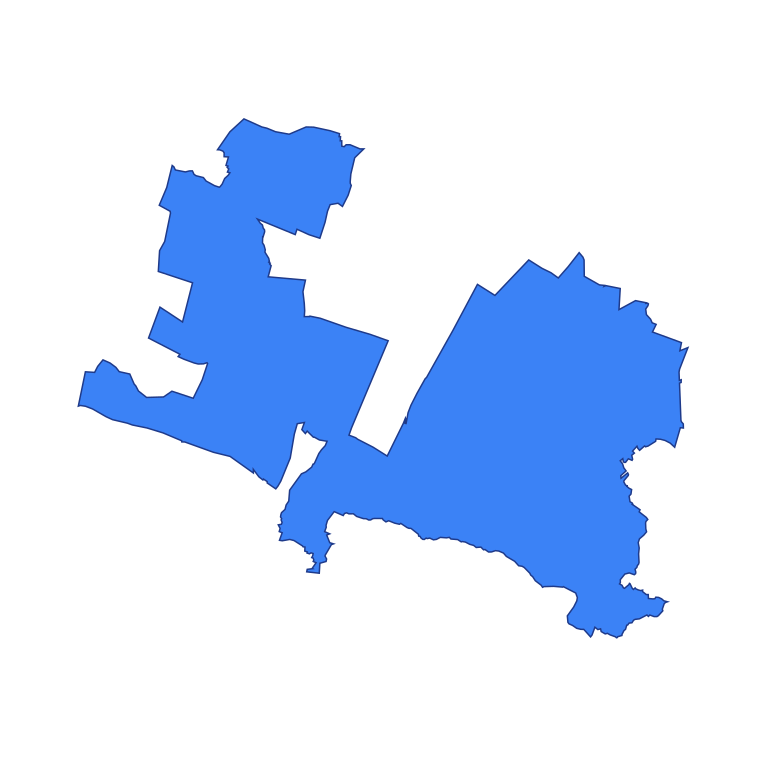 Axapusco, México, Mexico, rotated 353°
{"feature_id": "50627088B66488502331387", "entity_name": "Axapusco", "entity_type": "district", "adm_level": 2, "iso_a3": "MEX", "parent_name": "Mexico", "parent_adm1": "México", "projection": "mercator", "projection_center": [-98.73, 19.766], "detail": "fine", "context": "isolated", "style": "filled", "palette": "blue", "viewbox_px": 768, "rotation_deg": 353, "n_neighbors": 0, "source": "geoboundaries", "source_scale": "gbopen_adm2", "svg_char_len": 6165}
<svg xmlns="http://www.w3.org/2000/svg" viewBox="0 0 768 768"><g transform="rotate(353 384 384)"><path d="M593.7,277.4L581.1,290.0L569.9,300.0L563.3,293.9L555.0,288.5L542.8,278.5L504.9,309.6L488.9,296.5L458.8,339.4L427.1,382.6L425.5,383.8L415.6,397.3L408.2,408.3L404.4,415.4L401.1,425.9L400.1,425.6L401.3,421.9L401.1,420.5L398.4,425.4L378.4,455.9L365.5,445.4L351.1,435.6L349.4,433.9L343.0,430.5L346.6,423.3L393.4,341.6L376.0,332.9L353.5,323.2L328.8,311.0L318.7,307.6L318.4,308.0L313.1,307.4L314.2,301.7L314.7,294.2L314.8,282.5L318.7,271.3L282.1,263.5L286.4,252.8L285.1,250.9L285.8,250.2L284.5,249.0L285.2,248.5L284.9,245.2L281.9,238.6L282.5,236.3L281.8,231.6L280.6,229.1L281.5,223.3L281.8,223.5L284.1,218.4L284.2,216.5L283.1,214.5L282.7,211.3L280.8,209.3L278.5,204.9L314.1,224.9L316.5,219.8L327.8,226.7L338.1,231.5L345.2,216.3L349.0,205.6L352.4,199.4L360.4,199.0L364.4,202.7L371.4,192.3L375.7,183.0L375.0,180.8L375.1,179.2L376.7,171.5L382.5,155.9L392.6,148.2L388.8,147.7L379.5,142.4L375.6,141.9L373.4,143.6L371.1,142.8L371.7,137.5L370.2,137.3L371.0,133.2L369.6,133.0L370.4,130.1L361.3,126.0L345.5,120.5L338.0,119.4L320.3,124.5L307.1,120.4L298.9,115.8L294.1,114.0L277.3,103.8L261.8,114.9L247.3,131.2L249.5,131.6L252.5,133.2L253.5,135.0L253.0,138.9L257.3,139.7L253.8,147.8L255.7,148.7L254.7,149.8L256.1,151.6L254.4,154.6L256.8,155.6L254.7,157.9L250.9,160.6L247.7,165.9L245.3,168.2L244.5,168.6L240.0,166.5L232.2,160.9L229.9,157.1L222.9,154.4L221.0,152.8L219.8,149.1L216.8,148.8L212.7,149.3L204.1,146.5L203.0,146.1L201.9,142.8L200.4,141.3L192.3,162.5L182.7,179.2L192.8,186.5L192.9,188.4L183.7,215.8L177.5,224.3L173.7,244.8L206.3,260.2L191.6,297.9L171.0,280.4L155.9,309.7L185.1,329.6L183.0,331.7L188.4,335.0L198.1,340.0L202.0,341.5L207.3,342.0L210.9,341.3L211.4,342.2L204.1,357.7L192.9,374.9L172.6,365.3L163.6,370.0L146.7,368.4L139.4,361.0L137.4,355.6L136.0,353.6L132.9,343.1L122.7,339.5L119.9,334.8L114.7,329.8L108.0,325.8L102.0,331.6L98.2,337.2L89.1,335.5L77.9,368.7L80.0,368.3L85.0,369.7L91.6,373.2L104.2,382.6L110.2,386.3L124.5,391.6L129.2,394.0L143.5,398.8L158.7,405.6L176.3,415.7L176.2,416.8L179.3,417.3L206.4,431.0L222.4,437.1L243.5,456.4L243.9,452.8L248.5,460.9L252.1,464.5L252.8,463.7L255.7,466.2L256.2,466.7L256.0,468.0L263.8,474.9L266.3,472.4L269.7,467.9L281.9,446.1L288.9,422.8L293.1,412.8L300.3,412.5L296.9,419.3L299.9,423.6L302.0,421.4L307.4,428.2L308.4,428.3L313.1,431.7L320.5,433.9L318.2,438.0L314.0,441.6L310.9,445.0L305.5,453.9L304.4,455.0L303.8,454.9L302.1,457.7L295.7,461.7L291.1,463.1L277.4,477.9L275.2,488.6L272.1,492.2L270.5,496.4L266.6,499.2L265.8,500.9L265.1,503.3L266.0,505.2L265.3,506.4L266.0,508.9L265.1,510.7L261.9,510.9L263.3,514.7L262.0,517.7L264.8,519.2L261.2,526.4L263.9,527.2L271.5,526.8L275.6,528.4L283.4,534.8L283.8,535.7L285.7,536.2L285.0,540.2L287.4,541.3L287.0,542.4L289.3,543.5L291.0,542.7L293.0,543.6L292.3,545.8L291.1,547.5L292.4,548.1L292.9,550.1L292.1,551.5L294.8,553.1L290.2,558.3L290.6,558.6L285.2,558.6L284.4,561.0L296.7,563.9L298.5,554.1L304.9,553.1L305.7,550.7L304.5,547.6L304.8,546.7L312.2,537.0L314.4,536.5L310.8,534.9L308.7,526.9L311.8,526.1L307.1,523.3L309.2,519.2L309.3,517.1L311.3,512.5L319.0,504.6L327.5,509.6L329.0,507.7L331.2,507.3L333.3,508.6L337.8,509.1L340.7,512.1L347.1,515.1L350.0,515.6L352.2,517.1L354.2,517.3L356.4,516.3L358.3,516.3L366.0,517.3L366.6,518.7L369.1,521.1L372.0,520.3L377.6,523.4L381.4,524.8L382.3,525.1L383.7,524.4L389.4,529.3L391.2,530.3L393.2,530.6L399.8,537.3L399.9,539.2L401.3,539.7L401.9,541.3L403.5,542.9L405.1,543.2L407.0,542.1L408.0,542.7L410.6,542.5L414.1,544.7L417.1,544.6L421.2,543.1L427.2,544.3L430.2,544.2L431.5,546.0L438.2,547.4L441.4,550.1L442.5,549.9L445.5,550.8L449.6,553.6L453.3,555.1L455.6,557.5L460.3,557.7L462.6,560.7L464.1,560.6L467.3,563.5L470.3,563.8L474.3,563.0L477.6,563.8L482.0,566.4L484.4,570.0L492.1,575.9L495.5,580.8L498.8,581.7L500.8,583.2L505.7,589.6L506.3,591.5L508.1,593.4L510.2,597.7L515.5,602.9L516.6,605.1L518.1,604.6L527.7,605.5L536.7,607.4L537.3,607.0L548.8,614.8L549.9,619.5L548.9,622.8L545.1,628.5L537.7,636.5L537.5,643.0L538.4,644.6L541.7,646.6L545.5,650.0L549.5,651.5L552.4,651.9L558.2,660.2L559.9,658.5L563.7,651.1L566.3,653.8L569.1,653.4L569.4,656.2L573.1,659.0L575.4,658.7L577.9,660.6L582.9,663.1L583.8,664.2L584.6,664.1L585.2,663.3L589.5,662.6L589.8,661.4L592.2,657.9L593.8,657.0L595.5,653.0L596.5,652.9L598.1,651.2L601.0,651.2L602.9,648.9L604.5,648.2L608.9,648.2L616.8,645.3L618.1,646.9L619.7,645.7L623.8,647.8L626.6,648.1L628.1,647.4L633.1,643.1L632.8,641.4L635.4,636.1L636.9,635.1L638.8,634.7L635.4,633.3L633.4,631.1L630.6,629.3L627.8,628.7L626.7,630.1L624.8,630.1L620.3,629.1L620.6,625.2L618.6,624.9L615.3,621.5L615.6,620.1L613.5,620.3L611.3,619.4L609.0,618.0L608.4,617.0L606.5,618.3L605.5,617.0L603.8,612.1L603.3,611.8L602.6,613.0L597.8,616.1L596.8,615.5L595.7,612.8L593.4,611.1L594.4,609.9L594.7,607.0L599.9,602.0L604.4,601.4L609.2,603.8L610.6,602.9L611.0,601.4L610.6,598.4L612.6,596.9L613.3,595.2L614.8,593.7L615.4,592.1L616.0,583.6L617.3,577.9L617.0,572.4L618.7,568.8L623.4,565.7L626.6,562.7L626.2,559.8L626.7,553.8L627.2,552.4L629.3,550.6L628.1,548.4L621.7,542.0L622.8,540.0L615.8,533.8L616.3,533.6L615.8,532.3L613.8,530.8L613.6,525.2L615.7,523.4L616.9,518.9L614.6,517.4L612.9,515.6L613.0,514.8L612.4,514.9L612.4,514.4L611.4,513.8L610.1,510.4L610.4,509.2L615.3,504.6L615.6,503.6L615.0,501.9L607.8,506.4L607.8,503.9L613.7,499.8L611.8,496.4L611.1,492.4L609.1,489.0L611.9,487.2L612.1,490.4L613.0,491.1L614.2,491.2L617.4,488.0L620.9,490.0L621.6,489.0L621.2,484.9L624.1,483.1L622.5,480.9L627.5,476.6L628.1,478.8L629.6,481.0L634.7,477.5L635.2,477.3L635.9,478.2L638.5,477.8L646.6,474.0L647.3,471.7L651.6,472.5L656.1,474.3L660.8,477.5L664.8,482.2L672.8,463.5L675.8,464.2L676.2,460.1L674.6,457.7L674.3,456.2L677.4,419.1L679.1,418.7L679.5,416.0L677.6,416.4L678.3,408.1L679.2,405.3L690.1,384.9L681.7,387.1L684.3,379.2L656.8,365.1L661.4,358.0L657.6,355.9L656.5,352.2L652.9,347.1L652.9,341.5L655.5,338.5L656.2,336.7L655.5,335.9L653.8,335.9L654.1,335.3L643.8,331.9L626.3,338.8L630.1,318.0L616.2,313.4L614.3,313.9L614.9,313.0L609.9,311.9L595.9,301.5L597.7,285.3L596.9,282.3L593.7,277.4Z" fill="#3b82f6" stroke="#1e3a8a" stroke-width="1.5"/></g></svg>